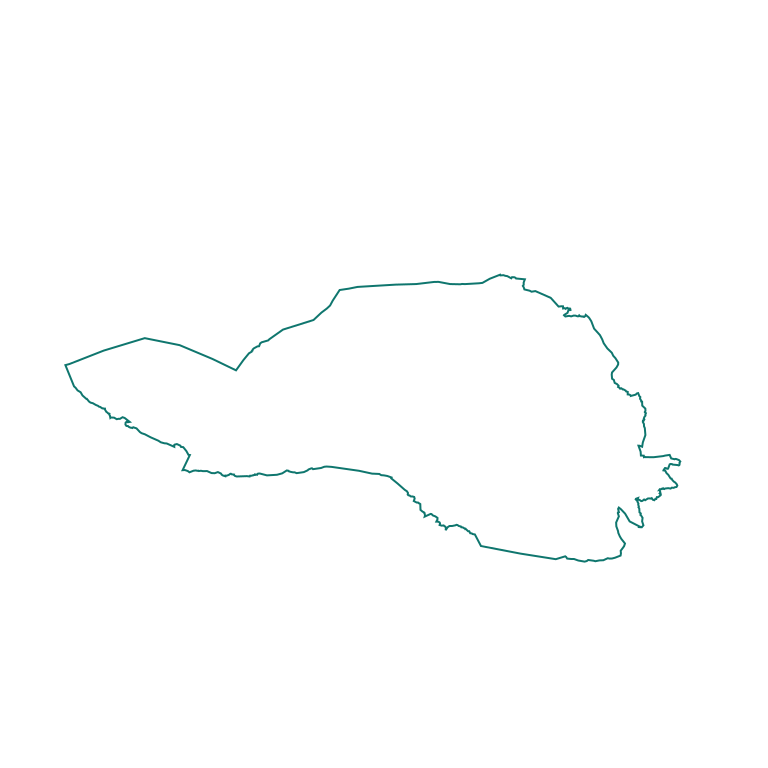 the district of Eidsvoll nor, Akershus, Norway, rotated 287°
{"feature_id": "86288312B15837471533028", "entity_name": "Eidsvoll nor", "entity_type": "district", "adm_level": 2, "iso_a3": "NOR", "parent_name": "Norway", "parent_adm1": "Akershus", "projection": "mercator", "projection_center": [11.199, 60.416], "detail": "fine", "context": "isolated", "style": "outline", "palette": "teal", "viewbox_px": 768, "rotation_deg": 287, "n_neighbors": 0, "source": "geoboundaries", "source_scale": "gbopen_adm2", "svg_char_len": 6159}
<svg xmlns="http://www.w3.org/2000/svg" viewBox="0 0 768 768"><g transform="rotate(287 384 384)"><path d="M257.4,524.1L261.7,564.1L266.7,599.5L272.2,607.7L271.8,608.8L270.6,610.2L271.4,614.3L272.2,616.8L272.0,621.4L272.8,627.8L274.0,629.7L275.4,630.7L276.3,636.3L276.3,637.9L278.3,641.6L279.6,645.3L282.8,648.9L283.0,650.8L283.8,653.1L285.4,655.7L289.1,660.4L291.4,660.1L293.7,659.1L299.0,661.0L301.9,661.1L305.3,656.2L307.2,654.1L310.1,651.6L311.8,650.8L315.8,647.8L319.4,646.5L326.1,647.3L329.0,645.3L329.7,645.4L330.1,646.1L333.0,644.4L334.5,644.7L333.5,647.2L330.5,652.5L324.4,659.1L322.5,669.6L321.7,669.6L322.0,671.0L322.4,670.9L322.4,672.4L324.7,673.4L328.1,671.0L331.6,670.4L333.7,668.0L333.8,667.5L335.3,667.4L335.9,665.9L339.6,664.5L340.5,663.4L341.4,663.5L342.9,662.4L344.0,662.3L345.4,660.9L346.0,660.8L347.3,658.4L347.9,658.5L349.2,660.2L348.1,660.1L347.8,662.5L347.2,664.2L347.8,665.3L349.6,666.5L349.2,667.7L351.7,669.9L352.4,672.0L352.4,672.8L353.1,673.4L351.9,675.0L351.9,676.5L353.5,677.1L353.7,678.0L355.6,678.0L356.0,679.3L358.3,680.9L359.0,680.5L359.2,681.0L359.6,680.9L360.6,680.0L360.5,679.7L361.3,679.9L363.2,678.4L363.1,678.2L364.0,678.5L364.0,679.3L364.9,680.0L364.8,680.5L365.8,681.3L365.4,681.7L365.5,682.8L366.2,683.3L367.5,686.3L367.8,688.7L369.0,689.5L369.4,691.4L370.3,692.3L371.0,693.8L372.6,694.2L373.7,693.3L375.0,691.2L375.3,689.9L376.4,687.9L377.6,686.7L377.4,685.9L377.7,685.4L380.3,682.4L381.3,680.3L383.4,678.2L383.2,677.2L383.1,676.5L383.4,676.5L385.8,677.3L386.0,678.1L385.7,679.6L386.1,680.4L390.7,680.7L391.3,681.4L391.6,682.9L391.3,683.4L392.3,688.3L392.3,689.6L392.7,690.1L394.1,690.1L394.9,689.6L396.5,690.0L397.5,688.3L397.7,685.3L397.5,684.4L397.0,683.9L396.8,680.4L399.7,677.9L397.7,673.7L396.7,672.1L392.8,663.2L390.5,655.4L390.6,655.1L390.0,654.0L391.4,653.4L390.7,650.6L394.3,649.2L399.4,645.4L399.7,646.4L399.5,649.2L403.8,648.6L411.6,648.9L418.1,646.3L419.6,645.0L421.7,644.3L423.4,642.6L424.4,642.4L424.3,642.9L426.3,643.3L426.8,642.6L428.4,642.6L430.2,643.3L430.8,642.9L432.7,643.0L433.1,641.9L433.4,641.6L434.7,641.9L436.9,641.1L438.8,637.3L442.5,636.0L442.5,635.1L443.2,635.0L444.7,633.2L446.5,632.9L447.0,631.8L449.6,629.7L448.9,628.6L447.4,627.8L444.9,623.8L445.1,623.8L445.6,621.8L445.3,620.1L447.7,619.4L447.7,617.7L448.3,617.1L448.9,614.5L448.6,613.9L449.3,612.3L448.6,611.3L448.6,610.9L449.3,610.3L449.6,608.7L451.0,608.8L452.1,606.7L452.5,604.3L455.1,602.6L455.7,600.6L459.6,599.0L461.7,598.7L467.8,601.5L471.1,602.2L473.0,601.7L476.4,597.7L478.0,595.0L480.5,592.7L483.3,587.2L487.2,582.2L490.5,579.6L493.9,576.2L498.4,568.7L504.6,563.9L507.0,561.1L507.7,560.0L509.1,556.7L507.6,556.5L506.6,555.7L506.6,554.8L506.8,554.6L506.4,553.7L506.2,551.5L506.7,550.6L505.7,550.3L505.3,549.2L505.4,547.3L504.9,545.4L503.4,543.2L503.3,541.1L501.6,537.7L502.4,536.0L502.7,536.1L505.7,538.7L508.6,538.8L509.5,539.9L509.1,540.4L509.3,540.7L510.5,540.0L510.1,537.6L510.4,537.1L509.5,535.8L509.0,535.7L509.3,534.5L508.6,533.2L510.6,532.5L510.3,531.2L509.1,528.3L515.1,518.3L517.1,501.6L515.4,498.1L515.8,496.1L515.5,490.6L517.4,489.3L518.4,488.1L519.7,488.6L521.8,487.9L525.3,488.1L523.5,479.4L524.0,478.7L524.2,477.5L523.6,475.2L522.3,474.8L523.2,470.4L522.9,468.3L523.0,466.5L521.9,463.6L522.5,463.1L515.6,454.4L509.5,448.6L508.1,445.4L503.2,432.2L502.5,429.4L501.7,427.9L498.9,418.0L497.6,406.3L496.3,402.2L489.0,385.6L482.4,366.0L469.1,330.3L464.9,322.5L460.9,314.1L448.8,310.6L443.3,309.5L439.5,307.3L434.0,303.3L424.6,297.9L406.5,271.5L393.2,261.2L391.9,260.6L388.1,254.8L386.6,253.7L383.6,253.5L383.0,252.0L380.0,249.1L378.5,248.3L377.5,248.5L376.9,247.9L376.2,248.0L373.9,245.9L365.9,242.6L353.8,238.5L357.8,212.6L361.4,177.2L357.9,141.8L334.0,106.2L311.1,77.3L308.9,73.8L291.1,88.3L290.2,90.2L288.3,92.8L287.4,96.3L284.9,99.0L282.7,103.8L282.9,104.2L281.0,107.0L280.4,108.8L280.5,111.2L279.7,114.6L279.5,116.9L279.0,118.1L279.1,119.3L278.3,121.8L278.6,122.3L278.5,123.4L278.7,123.8L278.5,124.1L278.7,124.4L277.9,124.7L276.2,126.6L275.8,127.9L275.3,128.6L275.3,130.1L274.4,130.2L273.7,131.1L271.6,132.2L272.1,132.5L272.9,135.7L272.2,138.7L273.2,140.5L273.4,141.6L275.8,143.7L275.7,145.9L273.4,151.9L272.5,150.1L272.8,149.0L271.5,148.2L269.6,148.6L268.6,149.9L268.9,151.5L268.4,152.4L268.1,154.3L268.3,154.9L268.3,156.2L269.3,156.8L269.2,160.3L266.7,164.6L266.1,166.5L266.0,170.0L264.8,176.4L263.8,184.8L263.0,187.6L263.1,191.3L263.6,193.6L262.6,201.8L264.2,201.2L264.8,201.5L266.0,203.5L265.5,207.3L264.5,208.2L264.9,210.5L262.1,214.6L259.1,217.7L259.3,219.1L242.7,216.6L243.5,218.7L243.4,221.8L242.7,223.8L245.4,227.2L246.3,229.3L246.4,230.9L246.8,231.7L246.6,232.3L247.5,234.3L247.7,236.2L249.0,240.3L248.4,245.1L249.2,248.2L251.2,250.9L250.7,254.3L249.8,255.3L249.4,256.8L249.4,259.3L250.1,259.2L250.3,260.3L251.7,262.2L253.2,263.3L253.4,263.8L253.1,264.8L253.5,266.9L253.2,266.9L252.5,268.4L252.5,270.2L255.8,279.8L256.3,282.6L257.1,282.7L257.6,284.3L258.3,285.2L258.3,285.5L258.7,285.8L259.3,287.2L259.8,287.1L260.1,289.2L261.2,289.4L261.9,290.7L262.1,291.8L262.4,298.8L265.9,308.2L268.8,312.8L272.9,316.3L273.1,318.0L272.7,318.3L272.7,320.5L272.9,322.6L273.4,324.4L273.2,326.5L276.3,333.1L279.1,336.2L280.2,336.8L282.1,339.2L282.3,340.0L281.8,341.0L285.3,348.4L287.4,351.1L288.3,353.3L289.4,358.0L293.7,385.5L294.8,398.8L296.6,405.8L296.0,408.0L296.6,410.6L297.0,414.0L296.8,418.6L295.9,418.5L292.8,426.1L288.9,434.7L288.1,437.3L286.8,438.8L285.2,439.0L284.7,439.9L284.9,441.0L284.3,442.4L284.8,444.3L284.8,445.9L283.4,446.8L280.8,446.7L280.2,449.8L280.6,451.2L280.1,452.1L280.2,452.6L279.8,453.8L274.3,455.7L273.2,458.2L273.0,459.6L272.6,459.8L272.5,460.5L270.1,461.7L269.1,461.7L273.4,466.6L273.5,467.5L272.6,469.1L272.4,471.9L271.6,474.3L270.2,474.7L267.7,474.3L268.2,476.2L267.8,477.8L266.9,478.4L265.4,478.4L265.4,480.6L266.2,482.4L265.6,483.5L265.6,484.2L264.7,485.2L262.2,485.7L265.6,486.7L267.3,488.1L268.2,490.8L269.8,493.7L270.5,494.4L270.6,495.6L270.1,496.9L270.2,499.3L269.6,499.8L269.9,501.3L269.4,503.2L269.5,504.0L269.1,504.2L269.3,504.5L267.8,507.5L268.1,508.6L266.5,510.1L266.8,511.6L266.4,512.5L266.7,514.9L257.4,524.1Z" fill="none" stroke="#0f766e" stroke-width="2"/></g></svg>